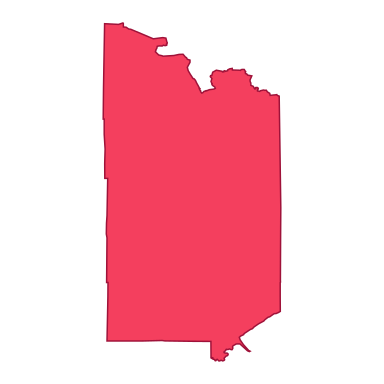 St. Louis, Minnesota, United States of America (Robinson projection)
{"feature_id": "52423323B88351202423300", "entity_name": "St. Louis", "entity_type": "district", "adm_level": 2, "iso_a3": "USA", "parent_name": "United States of America", "parent_adm1": "Minnesota", "projection": "robinson", "projection_center": [-92.282, 47.64], "detail": "fine", "context": "isolated", "style": "filled", "palette": "rose", "viewbox_px": 384, "rotation_deg": 0, "n_neighbors": 0, "source": "geoboundaries", "source_scale": "gbopen_adm2", "svg_char_len": 3433}
<svg xmlns="http://www.w3.org/2000/svg" viewBox="0 0 384 384"><path d="M104.6,23.7L103.5,88.1L103.2,119.1L104.2,119.1L104.2,134.3L105.1,149.1L104.7,163.7L104.8,178.4L107.7,178.4L107.0,215.9L106.5,223.1L106.3,234.0L107.0,237.8L106.6,282.5L108.0,282.5L107.9,296.7L107.0,341.0L141.6,341.0L162.1,340.5L164.9,340.9L193.6,341.3L210.9,341.4L211.0,354.1L211.0,357.9L212.2,358.6L212.2,358.1L212.3,357.7L212.9,357.9L212.9,358.6L213.0,359.1L213.4,359.3L214.1,359.4L214.7,359.6L214.9,360.3L215.2,360.7L215.8,360.7L216.7,359.6L217.1,359.3L219.0,361.0L220.0,360.8L220.9,360.3L221.6,360.4L222.6,360.9L223.1,360.8L223.9,360.5L224.5,360.0L224.6,359.7L224.5,359.3L224.1,358.3L224.3,357.9L224.9,357.4L225.9,356.3L226.5,355.9L227.4,355.7L227.9,355.1L228.1,354.6L228.1,354.0L227.9,353.7L227.1,353.1L225.0,353.0L224.1,352.6L224.1,351.9L224.2,351.6L224.6,351.3L225.2,351.0L225.8,350.4L226.0,349.5L226.3,349.3L227.7,349.5L228.4,349.4L229.3,348.9L231.0,349.6L231.9,349.7L232.2,349.6L232.9,348.0L232.6,347.5L232.6,346.4L233.3,345.6L236.2,344.0L237.4,343.9L239.9,343.9L247.5,350.8L249.4,351.6L250.1,351.2L248.7,350.5L243.4,344.6L240.1,339.8L239.3,337.3L239.5,337.2L240.4,336.2L243.7,334.6L244.1,333.6L250.3,329.5L252.4,328.7L254.2,326.8L258.6,323.8L262.7,321.6L263.8,321.0L264.9,319.7L268.1,317.2L269.7,316.8L273.8,313.9L274.7,313.6L275.9,313.6L278.5,312.5L280.3,311.4L280.2,296.8L280.2,287.7L280.2,282.5L280.5,282.2L280.4,279.9L280.6,237.3L280.8,207.9L279.2,96.1L277.7,95.6L277.0,95.1L276.8,94.6L274.6,95.0L274.3,94.9L273.6,95.0L272.7,95.1L270.2,95.4L269.7,93.3L267.4,91.9L266.3,90.2L264.9,90.3L264.6,90.3L264.4,90.2L263.2,90.0L262.5,90.3L261.4,90.5L260.3,90.8L259.9,91.1L259.7,91.4L259.3,91.4L258.4,91.0L258.1,91.0L257.5,91.0L257.4,90.4L257.5,89.9L257.6,89.3L258.3,89.0L258.3,88.6L258.1,88.2L258.0,87.9L257.3,87.5L255.8,87.5L255.6,87.6L255.5,88.0L255.8,88.2L255.7,88.5L255.1,89.0L254.9,89.0L254.8,88.8L254.9,88.7L254.4,88.4L253.2,86.3L250.9,85.4L250.8,82.9L250.2,81.7L250.0,80.0L251.8,75.9L247.6,75.1L246.7,73.9L245.5,73.6L245.3,72.1L245.7,71.7L245.6,71.4L245.2,71.2L244.3,69.5L242.8,69.4L241.2,69.6L240.5,70.4L239.3,70.2L232.4,70.0L232.2,68.4L229.8,68.8L227.8,69.8L227.6,70.1L227.6,70.7L225.6,71.3L225.5,71.2L225.4,71.0L224.2,70.7L223.7,71.4L223.8,71.6L223.8,71.8L222.4,71.9L222.1,71.3L221.6,71.2L216.3,70.2L212.7,72.2L211.8,75.5L210.6,75.6L210.3,76.7L211.9,78.5L211.0,81.5L211.8,83.3L211.8,83.5L212.1,83.6L211.9,84.4L212.5,85.4L214.7,86.9L215.3,88.4L213.8,89.1L209.2,89.7L208.2,90.2L207.7,90.3L206.8,90.8L206.6,90.8L206.4,90.6L206.2,90.6L205.8,90.7L205.6,91.1L204.5,91.2L204.0,91.4L202.8,92.7L201.8,93.1L201.3,92.6L200.6,91.5L200.5,91.3L200.6,90.9L200.5,90.5L199.9,90.1L199.7,89.7L199.7,89.3L199.8,89.0L199.5,89.1L199.4,89.0L199.2,88.6L199.4,88.2L199.1,87.5L198.5,86.3L198.0,85.4L196.7,83.1L195.4,80.3L194.1,78.8L193.7,78.6L193.3,78.7L192.5,77.9L192.0,76.9L190.4,74.5L188.2,70.7L187.3,67.3L190.0,62.3L190.0,60.1L187.4,59.3L186.7,58.2L186.5,57.6L186.3,57.5L185.6,57.3L185.2,56.8L183.1,54.3L182.1,54.3L179.1,54.4L173.9,55.5L163.0,56.2L162.0,55.7L158.7,55.0L155.4,51.8L155.9,50.5L155.8,50.0L156.9,48.1L157.2,46.3L159.1,45.9L162.3,46.0L163.3,45.2L164.2,45.5L165.6,45.6L166.5,45.3L166.9,44.9L166.7,44.6L166.4,44.3L166.4,44.1L167.2,43.3L167.2,43.2L167.2,42.5L167.1,42.4L166.8,41.7L165.9,38.1L162.8,37.6L153.3,38.8L130.8,29.3L128.7,29.0L126.1,27.2L123.4,27.0L123.3,23.2L122.7,23.0L118.6,24.4L104.6,23.7Z" fill="#f43f5e" stroke="#9f1239" stroke-width="1.5"/></svg>